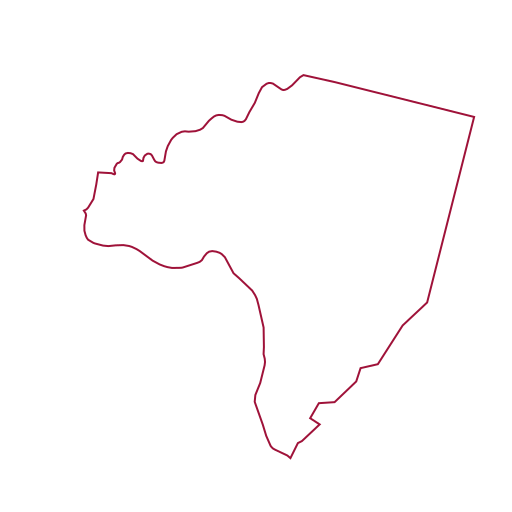 Lee, Iowa, United States of America, rotated 104°
{"feature_id": "52423323B84333675271441", "entity_name": "Lee", "entity_type": "district", "adm_level": 2, "iso_a3": "USA", "parent_name": "United States of America", "parent_adm1": "Iowa", "projection": "albers", "projection_center": [-91.454, 40.596], "detail": "fine", "context": "isolated", "style": "outline", "palette": "rose", "viewbox_px": 512, "rotation_deg": 104, "n_neighbors": 0, "source": "geoboundaries", "source_scale": "gbopen_adm2", "svg_char_len": 2007}
<svg xmlns="http://www.w3.org/2000/svg" viewBox="0 0 512 512"><g transform="rotate(104 256 256)"><path d="M69.0,253.7L71.9,256.6L81.7,262.3L86.3,266.1L87.8,268.2L88.4,269.8L88.2,271.6L84.6,281.3L84.6,283.5L85.0,285.4L86.3,287.4L90.7,291.0L97.3,292.7L107.7,294.2L117.8,297.2L125.8,298.9L127.8,299.9L128.9,301.1L129.6,302.5L130.2,306.6L129.7,312.9L127.6,320.5L127.5,322.7L128.1,326.2L129.2,328.6L130.8,330.5L133.4,332.5L136.2,334.4L144.7,338.5L147.0,340.8L149.5,344.9L151.7,351.5L152.2,355.1L152.8,356.6L153.5,358.2L157.0,362.5L161.4,365.3L163.8,366.4L170.7,368.2L176.3,368.7L185.7,368.0L187.2,368.3L187.9,369.0L188.6,370.2L189.1,373.5L189.0,375.3L188.5,376.7L187.2,378.1L183.6,381.3L182.6,382.9L182.6,384.9L183.1,386.2L185.4,388.2L187.9,388.9L191.1,388.7L191.6,389.4L191.6,390.7L190.2,394.6L186.9,400.0L186.6,402.6L187.0,405.3L188.1,407.4L189.6,408.4L192.0,409.2L194.8,409.3L197.8,410.7L198.8,411.7L199.3,412.7L200.2,413.4L204.7,414.7L207.4,414.3L209.8,412.7L210.6,412.7L211.0,413.1L211.0,414.2L210.6,416.3L213.1,429.4L225.2,428.3L240.0,427.5L249.7,430.6L251.8,431.8L253.6,434.0L256.0,431.5L257.6,430.7L267.6,430.0L273.0,428.6L277.0,426.4L279.2,424.7L280.8,422.9L282.6,417.0L282.8,415.3L282.9,406.9L282.1,401.6L279.6,394.7L277.5,387.3L277.0,381.5L277.2,378.6L278.2,373.6L279.3,370.1L285.5,355.2L287.5,347.4L288.1,342.6L288.2,339.2L287.9,334.5L285.6,325.9L284.9,324.3L276.9,311.4L275.3,309.2L273.1,307.5L269.1,306.3L265.2,304.4L263.1,302.5L261.8,299.6L261.4,295.6L261.7,292.1L262.4,289.8L264.7,285.9L278.2,273.6L281.6,267.0L290.5,251.3L294.2,247.4L297.4,244.8L303.0,241.7L323.6,231.3L342.4,226.3L349.4,224.9L353.5,222.7L356.7,221.6L360.0,221.2L378.2,221.2L391.0,223.0L397.7,222.0L398.7,221.4L418.0,208.6L428.0,202.6L436.7,195.9L437.7,194.6L438.7,192.9L439.4,190.3L442.0,177.3L443.8,173.7L427.4,170.1L424.5,166.7L404.0,153.5L400.3,164.2L383.6,159.4L378.8,144.4L353.5,128.4L339.5,127.4L331.5,111.6L287.9,96.9L259.7,78.7L68.3,78.0L68.2,221.0L69.0,253.7Z" fill="none" stroke="#9f1239" stroke-width="2"/></g></svg>